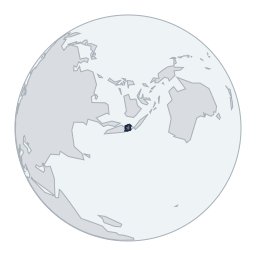 the Earth from above Sumatera Selatan, rotated 301°
{"feature_id": "IDN-1230", "entity_name": "Sumatera Selatan", "entity_type": "Province", "adm_level": 1, "iso_a3": "IDN", "parent_name": "Indonesia", "parent_adm1": "", "projection": "orthographic", "projection_center": [104.141, -3.318], "detail": "fine", "context": "on_globe", "style": "filled", "palette": "slate", "viewbox_px": 256, "rotation_deg": 301, "n_neighbors": 0, "source": "natural_earth", "source_scale": "10m", "svg_char_len": 8574}
<svg xmlns="http://www.w3.org/2000/svg" viewBox="0 0 256 256"><g transform="rotate(301 128 128)"><circle cx="128" cy="128" r="113" fill="#eef3f6" stroke="#a8b0b8"/><path d="M233.0,157.6L232.8,158.4L232.7,158.5L233.0,157.6ZM176.0,26.1L172.5,24.6L174.2,25.4L167.2,22.5L172.7,24.6L172.9,24.7L176.0,26.1ZM163.9,21.3L162.6,20.8L163.4,21.1L163.9,21.3ZM32.1,69.0L31.1,70.8L34.2,66.3L34.5,68.9L37.0,68.3L44.2,58.9L40.1,59.6L42.9,55.5L49.1,51.1L53.2,51.2L54.4,49.6L54.7,46.4L58.7,43.5L55.2,45.1L54.4,46.6L52.2,47.8L52.8,46.6L54.2,45.5L53.8,45.0L47.4,50.8L45.8,52.9L43.0,54.6L40.2,58.4L38.3,60.5L42.4,54.9L44.3,52.7L46.1,50.7L54.0,43.1L62.7,36.2L62.8,36.2L64.2,35.2L67.8,32.8L67.6,33.0L71.0,30.9L73.6,29.7L73.3,29.5L77.6,27.3L81.5,25.5L82.9,24.8L80.2,26.0L91.0,21.6L92.8,21.0L89.5,23.0L86.2,24.2L85.8,23.9L82.3,25.9L84.4,24.9L84.2,25.3L88.3,23.7L88.4,23.9L92.1,22.2L92.6,22.3L90.3,23.4L96.7,21.6L98.9,21.8L100.4,21.3L101.2,20.8L103.5,21.7L104.5,21.3L104.1,20.9L105.7,20.0L109.5,18.9L110.1,19.2L108.8,19.7L107.0,21.4L103.5,22.8L104.1,22.9L107.3,21.8L109.5,19.6L111.6,18.9L111.0,19.7L111.4,19.3L112.7,19.1L114.4,19.3L115.3,18.4L128.1,16.7L132.8,17.4L130.8,18.0L140.4,18.4L144.9,19.9L144.5,19.4L148.9,19.7L147.5,19.2L158.2,20.5L161.1,21.5L165.2,22.2L163.1,21.4L167.2,22.5L174.2,25.4L174.3,25.6L178.6,27.7L178.1,28.0L179.7,29.4L176.7,29.1L178.2,30.6L179.7,31.2L183.0,34.1L184.3,38.1L176.5,31.7L173.1,26.7L173.9,28.3L171.7,27.2L170.8,27.3L171.5,28.7L172.8,29.4L163.7,28.9L161.5,33.0L166.5,33.7L169.7,35.9L171.6,43.0L162.4,51.5L166.6,55.9L166.9,58.5L163.3,59.5L162.8,55.7L159.1,53.8L159.4,51.7L153.5,52.5L153.6,49.6L149.0,52.0L150.8,54.6L156.0,54.7L151.9,58.5L157.2,63.6L157.9,69.3L149.1,78.6L140.1,80.9L139.6,82.8L136.0,80.4L131.2,83.9L137.9,95.6L137.7,98.9L130.0,104.7L129.8,102.2L120.3,95.6L118.5,103.5L125.7,110.7L128.2,118.9L122.6,116.1L120.1,108.9L116.7,106.3L117.7,99.3L114.9,89.1L109.3,90.8L109.8,86.8L105.1,78.6L97.1,81.0L84.3,91.5L82.4,101.9L78.0,106.6L72.9,91.6L73.2,81.9L69.6,82.9L65.7,75.1L54.1,75.1L53.9,72.8L51.4,74.1L48.9,71.9L49.2,68.2L46.9,68.7L46.5,78.6L49.1,78.2L53.3,74.1L52.5,77.8L55.2,81.0L47.0,90.6L32.2,100.3L33.2,92.6L34.9,73.1L36.2,70.9L36.3,70.6L36.5,70.2L34.1,73.9L35.2,70.3L31.7,83.5L30.0,89.7L31.9,100.8L31.1,102.1L32.5,104.4L40.0,100.7L39.5,103.4L34.4,116.1L26.3,134.4L28.8,146.2L30.7,156.4L28.8,163.9L32.2,171.8L31.7,175.0L33.9,179.5L35.3,184.6L36.5,189.7L35.0,190.7L32.4,186.6L27.7,179.1L22.5,167.6L18.1,152.6L17.8,151.5L17.4,149.3L16.1,141.1L15.5,132.7L15.4,124.4L16.0,116.1L17.2,107.8L19.0,99.6L21.4,91.6L24.4,83.8L27.9,76.3L32.1,69.0ZM43.4,53.7L42.2,55.1L42.4,54.8L43.4,53.7ZM54.9,56.4L59.0,56.7L61.6,51.3L63.4,51.1L63.6,49.5L61.8,51.0L62.9,46.7L66.3,45.2L68.1,43.2L66.7,43.0L60.4,46.5L58.7,52.4L55.9,54.6L54.9,56.4ZM42.3,60.6L40.2,62.5L40.4,61.7L41.1,61.2L42.3,60.6ZM37.8,61.5L37.8,62.4L37.3,62.2L37.8,61.5ZM85.1,208.9L87.4,210.3L85.9,210.4L85.1,208.9ZM40.4,153.8L42.3,172.2L39.5,172.6L36.8,167.3L34.6,156.2L37.2,152.8L37.8,147.8L40.4,153.8ZM156.4,140.5L159.8,141.3L159.6,141.8L156.4,140.5ZM153.0,138.3L156.8,138.8L152.3,139.4L153.0,138.3ZM158.3,139.0L162.2,138.4L163.9,137.7L163.5,138.8L158.3,139.0ZM150.3,138.1L136.1,136.8L130.4,134.9L131.7,133.1L140.9,134.2L150.3,138.1ZM131.3,133.0L122.6,127.0L110.8,110.8L115.0,111.3L127.4,121.3L126.6,122.9L131.9,127.5L131.3,133.0ZM152.2,124.6L151.4,129.5L143.5,128.4L139.9,127.3L137.4,120.7L138.8,117.6L141.8,117.9L153.1,108.1L157.1,111.1L153.6,115.3L156.9,119.9L152.2,124.6ZM82.9,102.9L85.2,109.3L82.8,110.4L82.9,102.9ZM157.7,101.2L153.1,105.4L157.3,99.7L157.7,101.2ZM160.1,95.8L160.4,98.1L158.5,95.7L160.1,95.8ZM139.5,85.8L136.4,86.1L136.3,84.6L140.2,83.3L139.5,85.8ZM158.4,74.3L158.4,78.7L157.9,80.1L156.4,77.3L158.4,74.3ZM112.3,17.5L106.2,18.5L102.4,19.5L101.0,20.4L100.3,19.8L106.3,18.2L112.3,17.5ZM126.1,16.7L127.3,16.3L128.5,16.4L128.4,16.6L126.1,16.7ZM125.6,16.4L123.8,16.1L125.6,15.9L126.6,16.2L125.6,16.4ZM113.5,16.4L111.7,16.6L112.2,16.5L113.5,16.4ZM206.8,199.9L207.0,201.3L203.8,204.2L199.9,207.0L197.2,207.1L206.8,199.9ZM182.5,202.0L183.6,197.6L187.3,198.1L184.8,201.6L182.5,202.0ZM209.5,197.8L212.4,194.5L214.6,189.7L212.9,194.3L213.8,195.4L207.6,201.2L209.5,197.8ZM171.9,181.8L150.1,187.4L145.6,185.9L147.3,182.5L144.2,171.7L145.7,172.1L145.3,165.0L158.5,160.0L168.1,149.8L174.8,151.4L180.3,144.1L187.0,145.7L184.6,151.7L191.2,157.2L196.7,143.8L199.6,160.0L203.6,166.7L203.5,177.2L192.2,192.7L186.7,195.1L186.2,193.2L183.8,194.6L180.8,193.1L180.1,187.0L177.7,188.4L180.4,184.5L176.8,187.8L175.6,183.9L171.9,181.8ZM219.5,163.6L220.2,164.3L220.9,167.7L219.8,166.6L219.5,163.6ZM231.1,159.8L231.1,161.4L230.5,161.3L231.1,159.8ZM232.7,158.5L232.0,158.5L233.0,157.6L232.7,158.5ZM224.6,156.0L224.8,157.1L224.5,157.3L224.6,156.0ZM224.3,155.5L224.9,154.1L224.7,155.7L224.3,155.5ZM221.4,145.7L221.9,145.1L222.1,145.8L221.4,145.7ZM164.7,141.9L169.4,138.5L171.9,138.5L164.7,141.9ZM220.8,143.8L219.5,143.2L219.7,142.4L220.8,143.8ZM221.0,141.9L220.9,140.7L221.5,143.6L221.0,141.9ZM218.6,138.5L220.1,141.1L218.4,138.7L218.6,138.5ZM217.7,138.5L216.6,137.3L216.7,137.0L217.7,138.5ZM204.0,136.4L208.4,144.2L204.7,143.1L200.7,138.0L197.2,141.2L189.5,139.1L191.3,137.0L190.4,133.2L182.2,130.4L180.6,127.8L183.5,126.7L178.0,124.0L184.0,123.9L186.4,129.0L189.8,125.9L195.5,127.9L200.9,130.6L205.1,135.2L204.0,136.4ZM183.9,134.4L185.0,134.6L184.0,135.9L183.9,134.4ZM214.4,133.9L216.0,136.8L215.8,137.3L215.0,136.7L214.4,133.9ZM206.1,134.6L210.7,131.8L211.7,132.1L208.7,135.9L206.1,134.6ZM209.6,128.9L211.7,130.0L212.7,132.6L212.3,133.1L209.6,128.9ZM171.7,128.1L171.4,129.4L169.9,128.2L171.7,128.1ZM173.7,127.6L178.5,129.8L173.3,128.7L173.7,127.6ZM159.1,121.3L160.5,124.5L165.0,123.1L161.6,125.5L164.6,131.0L163.5,132.9L160.6,126.9L159.4,132.6L157.5,132.3L156.4,127.2L158.5,121.4L160.4,119.2L168.5,119.1L159.1,121.3ZM173.7,123.8L172.5,120.0L173.4,117.8L174.8,119.8L173.7,123.8ZM168.6,111.0L165.2,106.6L162.1,107.8L168.3,102.9L170.6,107.9L168.6,111.0ZM165.6,101.9L162.7,102.9L165.7,100.1L165.6,101.9ZM162.0,101.5L161.6,98.8L163.9,99.4L162.0,101.5ZM167.1,102.2L167.6,97.7L168.8,100.5L167.1,102.2ZM160.5,92.7L165.5,97.6L159.0,95.0L158.5,86.4L161.2,86.5L160.5,92.7ZM173.8,62.4L172.9,60.3L175.3,60.2L175.2,61.7L173.8,62.4ZM182.3,59.0L175.7,59.5L170.2,60.5L172.1,61.7L171.1,65.0L168.2,61.3L171.8,58.1L175.9,58.1L176.2,55.5L179.1,54.3L178.0,50.9L179.1,49.8L181.4,53.0L182.3,59.0ZM177.3,49.4L176.4,44.1L181.0,45.8L182.2,47.4L180.7,49.0L178.4,48.0L177.3,49.4ZM177.5,43.4L175.2,42.5L169.0,34.7L168.9,33.6L176.0,39.9L174.3,39.4L175.0,41.2L177.5,43.4ZM163.2,21.1L162.6,20.8L163.9,21.3L163.2,21.1ZM146.8,18.7L147.2,18.6L148.7,18.9L146.8,18.7ZM149.2,18.3L147.3,18.1L149.1,18.2L149.2,18.3ZM143.0,17.6L146.4,17.9L143.5,17.9L143.0,17.6Z" fill="#d9dde1" stroke="#a8b0b8" stroke-width="1"/><path d="M128.8,124.9L128.8,125.0L128.7,125.1L128.7,125.3L128.7,125.2L128.8,125.1L129.0,125.3L128.9,125.4L129.0,125.4L129.0,125.5L129.2,125.4L129.3,125.4L129.4,125.5L129.5,125.7L129.4,125.7L129.4,125.8L129.2,126.1L128.9,126.2L129.0,126.1L129.2,126.3L129.1,126.5L128.9,126.6L128.8,126.8L128.9,126.7L129.0,126.7L129.2,126.4L129.2,126.2L129.3,126.2L129.5,126.0L129.8,126.1L130.0,126.1L130.3,126.1L130.6,126.2L130.8,126.2L130.7,126.2L130.8,126.2L130.9,126.3L130.9,126.5L131.0,126.7L131.1,126.8L131.2,127.1L131.3,127.2L131.4,127.3L131.5,127.3L131.8,127.5L131.8,127.8L131.6,128.0L131.4,128.3L131.3,128.7L131.3,128.8L131.5,129.0L131.4,129.4L131.4,129.5L131.2,129.6L130.9,129.5L130.9,129.4L130.8,129.2L130.7,129.2L130.5,128.9L130.4,128.9L130.4,129.0L130.4,128.9L130.2,129.0L129.9,129.2L129.9,129.3L129.9,129.5L129.7,129.6L129.5,129.8L129.4,129.8L129.0,129.9L128.9,130.0L128.6,130.0L128.3,130.2L128.3,130.3L128.3,130.5L128.2,130.7L128.3,130.8L128.4,131.0L128.2,131.1L127.9,131.2L127.7,131.2L127.4,131.1L127.3,130.9L127.2,130.9L127.1,130.6L127.0,130.4L127.0,130.2L126.9,130.1L126.7,130.1L126.4,129.9L126.2,129.9L126.1,129.7L126.0,129.4L125.9,129.4L125.7,129.4L125.4,129.3L125.3,129.2L125.2,129.2L125.1,128.9L125.4,128.7L125.5,128.7L125.8,128.5L125.8,128.3L125.8,128.2L125.7,128.2L125.4,128.0L125.3,127.9L125.2,128.0L124.9,128.1L124.8,127.9L124.7,127.9L124.7,127.7L124.8,127.7L124.7,127.6L124.4,127.5L124.2,127.4L124.3,127.4L124.2,127.3L124.1,127.2L123.9,127.0L124.0,126.9L124.3,126.8L124.3,126.7L124.5,126.7L124.6,126.8L124.8,126.8L125.0,126.8L125.0,126.7L125.3,126.6L125.5,126.3L125.5,126.2L125.4,126.2L125.5,126.2L125.8,126.2L126.0,126.2L126.1,125.9L126.3,125.8L126.4,126.0L126.6,126.2L126.6,125.9L126.8,125.9L126.8,125.7L126.8,125.4L127.5,125.0L128.0,125.1L128.4,125.0L128.5,124.8L128.8,124.9Z" fill="#64748b" stroke="#1e293b" stroke-width="1.5"/></g></svg>